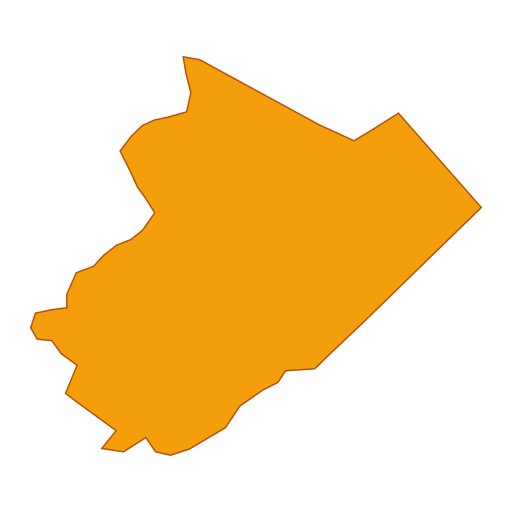 Machados, Pernambuco, Brazil (orthographic projection)
{"feature_id": "56859067B21118824924593", "entity_name": "Machados", "entity_type": "district", "adm_level": 2, "iso_a3": "BRA", "parent_name": "Brazil", "parent_adm1": "Pernambuco", "projection": "orthographic", "projection_center": [-35.513, -7.704], "detail": "fine", "context": "isolated", "style": "filled", "palette": "amber", "viewbox_px": 512, "rotation_deg": 0, "n_neighbors": 0, "source": "geoboundaries", "source_scale": "gbopen_adm2", "svg_char_len": 763}
<svg xmlns="http://www.w3.org/2000/svg" viewBox="0 0 512 512"><path d="M481.3,207.5L414.2,131.2L398.5,113.2L371.2,130.4L354.0,140.8L319.5,125.0L199.6,59.7L183.2,56.8L186.1,74.2L190.9,92.6L186.6,111.9L167.8,117.2L154.0,120.2L142.4,125.5L131.5,136.0L120.1,151.0L130.4,171.6L137.6,187.4L145.3,197.8L154.8,212.8L142.6,230.2L131.0,239.5L116.6,245.2L103.6,255.3L93.6,266.3L76.3,272.7L66.8,294.4L66.8,307.8L51.9,309.7L35.5,313.1L30.7,327.6L37.1,339.1L51.9,340.7L61.0,353.5L77.1,365.3L65.5,393.4L77.1,402.2L116.1,430.6L101.8,448.5L123.5,451.8L145.8,437.6L155.6,451.8L170.5,455.2L189.3,449.1L225.4,427.7L239.9,406.0L263.0,389.9L277.9,382.4L285.6,370.7L314.7,368.8L330.4,353.5L365.1,320.6L450.2,237.7L481.3,207.5Z" fill="#f59e0b" stroke="#b45309" stroke-width="1.5"/></svg>